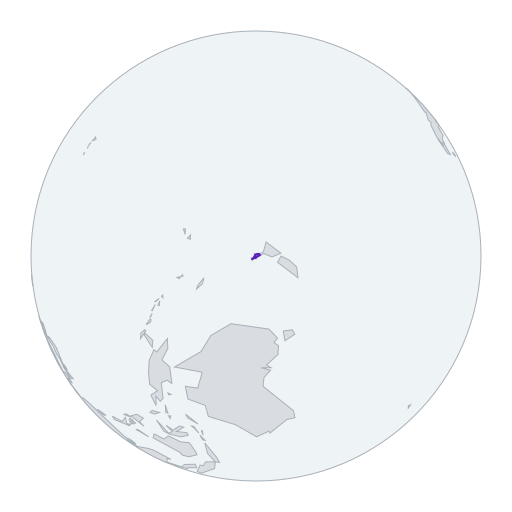 globe centered on Northland, rotated 273°
{"feature_id": "NZL-3404", "entity_name": "Northland", "entity_type": "Regional Council", "adm_level": 1, "iso_a3": "NZL", "parent_name": "New Zealand", "parent_adm1": "", "projection": "orthographic", "projection_center": [173.848, -35.399], "detail": "fine", "context": "on_globe", "style": "filled", "palette": "violet", "viewbox_px": 512, "rotation_deg": 273, "n_neighbors": 0, "source": "natural_earth", "source_scale": "10m", "svg_char_len": 7319}
<svg xmlns="http://www.w3.org/2000/svg" viewBox="0 0 512 512"><g transform="rotate(273 256 256)"><circle cx="256" cy="256" r="225" fill="#eef3f6" stroke="#a8b0b8"/><path d="M279.2,182.1L279.5,183.8L279.1,184.0L279.2,182.1ZM400.1,429.2L401.8,427.7L397.9,430.7L401.5,427.4L395.6,432.1L394.2,431.2L386.0,436.5L383.0,435.7L377.5,438.8L379.1,437.1L378.9,436.1L376.3,437.0L384.5,430.1L395.3,424.1L398.6,423.6L400.9,420.9L408.7,418.1L408.4,417.1L421.8,406.8L428.8,400.5L431.8,396.9L416.7,413.8L400.1,429.2ZM364.0,90.1L362.6,86.7L366.5,89.6L364.0,90.1ZM359.7,84.2L360.6,85.4L359.4,84.3L359.7,84.2ZM357.5,83.0L359.1,83.9L357.3,83.2L357.5,83.0ZM354.6,81.9L356.1,82.4L356.0,82.5L354.6,81.9ZM349.9,79.4L348.7,78.6L350.0,78.7L349.9,79.4ZM368.3,442.1L382.6,431.2L375.8,437.1L377.2,438.5L367.5,444.8L368.3,442.1ZM370.1,446.6L368.1,448.9L365.8,450.2L366.6,449.0L370.1,446.6ZM225.6,32.8L214.4,34.8L215.8,34.3L225.6,32.8ZM173.7,46.3L165.3,49.9L130.8,69.3L129.8,71.4L126.2,74.6L119.2,79.3L124.3,74.6L121.9,75.5L125.8,72.4L116.4,79.3L121.0,75.7L137.7,64.3L155.3,54.5L173.7,46.3ZM110.9,83.7L109.6,84.8L116.1,79.8L105.2,89.1L105.1,91.1L99.2,98.6L79.9,121.1L69.0,134.0L67.1,137.4L65.8,137.4L59.5,147.9L58.2,158.7L56.6,164.1L48.5,181.6L49.1,177.8L45.6,177.9L41.6,192.4L44.1,195.8L44.9,206.4L41.4,207.9L41.1,199.1L39.9,198.7L42.6,186.6L46.3,173.8L45.0,177.0L51.4,161.8L58.8,147.1L67.3,132.9L76.8,119.5L87.3,106.7L98.7,94.8L110.9,83.7ZM112.1,416.0L114.4,415.9L115.5,418.2L112.1,416.0ZM74.3,212.5L78.6,210.6L78.6,211.6L74.3,212.5ZM69.6,212.3L74.2,209.3L69.2,214.8L69.6,212.3ZM76.1,208.2L80.8,203.3L82.8,200.5L82.7,202.6L76.1,208.2ZM66.7,214.6L52.8,227.3L47.9,230.4L48.5,225.8L56.4,218.0L66.7,214.6ZM48.2,226.2L41.5,225.7L36.2,212.7L38.0,208.6L44.3,211.1L43.8,214.5L47.8,216.4L48.2,226.2ZM66.5,190.3L66.0,199.3L57.9,205.5L54.4,207.5L52.0,199.3L53.3,192.8L56.0,190.2L69.0,162.8L73.0,163.6L68.4,173.8L71.8,178.0L66.5,190.3ZM76.5,147.2L69.8,158.3L76.6,145.2L76.5,147.2ZM81.8,136.4L81.1,139.7L79.8,137.8L81.8,136.4ZM65.0,142.0L62.1,145.8L63.0,143.5L67.4,137.4L65.0,142.0ZM94.7,105.5L90.8,111.9L88.9,114.6L89.5,111.9L94.7,105.5ZM250.8,277.9L257.2,281.0L253.8,289.1L247.2,297.2L236.5,299.0L250.8,277.9ZM179.9,298.9L172.9,289.3L182.5,287.2L184.2,296.2L179.9,298.9ZM255.9,272.1L258.7,263.8L253.3,252.3L260.7,263.2L270.5,265.4L260.1,280.7L255.9,272.1ZM126.2,269.9L103.5,301.5L96.6,303.3L94.3,295.4L79.9,279.2L81.8,278.2L75.5,266.1L86.6,243.9L93.3,216.8L104.2,213.1L109.6,195.5L122.2,192.2L121.0,204.7L137.1,208.4L140.9,180.5L157.7,206.1L174.2,215.0L187.1,234.6L183.7,272.8L175.1,281.8L170.3,278.6L167.6,283.2L158.8,283.1L147.7,272.2L145.2,276.9L144.7,267.1L142.6,276.5L135.1,270.3L126.2,269.9ZM219.9,198.4L223.6,199.4L231.6,205.2L225.5,203.9L219.9,198.4ZM270.3,186.6L273.6,189.6L269.2,189.5L270.3,186.6ZM279.1,184.0L273.9,184.0L279.2,182.1L279.1,184.0ZM231.0,181.6L233.4,183.6L232.2,184.2L231.0,181.6ZM229.4,180.9L230.5,178.1L231.2,181.0L229.4,180.9ZM209.4,165.2L211.0,163.8L212.1,164.9L209.4,165.2ZM85.2,206.8L90.7,196.4L94.3,194.0L85.2,206.8ZM206.1,162.2L201.5,162.0L201.7,160.6L206.1,162.2ZM205.7,158.9L204.8,156.9L208.6,161.6L205.7,158.9ZM196.3,154.7L202.4,158.0L195.8,155.1L196.3,154.7ZM193.3,155.3L189.3,153.9L189.4,153.3L193.3,155.3ZM154.9,161.9L168.9,171.8L159.0,172.8L147.4,167.4L140.8,175.6L124.3,178.7L127.3,173.6L124.4,168.0L109.0,170.7L105.9,168.0L110.8,163.4L101.4,164.1L111.6,158.3L116.3,164.7L122.4,156.5L133.9,154.8L146.1,154.8L157.1,159.0L154.9,161.9ZM112.8,175.9L114.7,175.2L113.3,178.3L112.8,175.9ZM181.7,149.8L187.5,153.5L187.0,154.6L184.3,154.1L181.7,149.8ZM159.4,157.2L170.7,148.9L173.6,148.7L166.3,157.4L159.4,157.2ZM167.4,145.0L173.2,145.2L176.6,148.7L175.5,149.9L167.4,145.0ZM91.9,176.9L91.7,179.3L89.2,178.8L91.9,176.9ZM94.9,174.1L102.7,173.2L94.4,176.3L94.9,174.1ZM74.5,177.9L76.3,181.8L82.2,175.0L77.8,182.4L82.3,188.6L81.2,192.7L76.6,185.7L75.9,196.3L73.4,197.7L71.5,190.4L73.7,178.8L76.2,173.2L87.0,165.2L74.5,177.9ZM94.7,167.8L92.8,162.9L94.3,158.3L96.3,160.4L94.7,167.8ZM88.2,152.0L84.4,148.3L80.0,153.2L89.9,139.5L91.7,145.2L88.2,152.0ZM86.5,140.5L82.3,144.9L87.3,137.6L86.5,140.5ZM81.8,143.4L82.4,139.5L85.2,138.2L81.8,143.4ZM88.5,139.5L91.0,131.9L91.5,135.2L88.5,139.5ZM83.8,131.1L88.1,133.9L80.8,136.2L85.1,123.5L88.5,120.9L83.8,131.1ZM132.1,73.7L133.7,71.5L138.1,69.2L135.7,71.4L132.1,73.7ZM154.1,61.4L139.9,68.0L128.8,74.2L130.2,74.2L123.9,79.8L124.2,77.3L135.0,69.6L142.7,65.8L147.8,61.9L155.9,57.8L160.4,54.4L165.2,52.0L163.6,54.2L154.1,61.4ZM162.0,53.1L172.7,47.3L179.1,45.6L178.2,46.5L170.6,49.7L167.7,50.4L162.0,53.1ZM185.1,42.2L183.9,42.7L181.1,43.6L177.5,45.0L177.1,45.6L174.4,46.3L179.2,44.2L185.1,42.2Z" fill="#d9dde1" stroke="#a8b0b8" stroke-width="1"/><path d="M258.5,258.9L258.0,259.3L257.9,259.4L257.8,259.5L257.8,259.4L257.7,259.5L257.4,259.5L257.4,259.4L257.5,259.4L257.6,259.5L257.7,259.4L257.8,259.2L257.9,258.9L257.7,258.9L257.7,259.0L257.5,259.3L257.6,259.2L257.4,259.1L257.3,258.9L257.2,258.9L257.1,259.0L257.3,259.1L257.3,259.3L257.4,259.2L257.5,259.3L257.4,259.4L257.2,259.4L257.0,259.1L256.9,259.0L256.7,259.0L256.6,258.9L256.5,258.6L256.4,258.5L256.3,258.4L256.2,258.2L256.3,258.1L256.3,257.9L256.2,257.9L256.3,258.0L256.2,258.1L256.3,258.5L256.4,258.8L256.5,258.9L256.6,259.0L256.9,259.4L256.9,259.5L257.0,259.5L257.1,259.8L256.9,259.9L256.7,259.9L256.6,259.4L256.1,258.9L256.0,258.6L254.6,256.7L254.7,256.4L254.7,256.2L254.8,256.1L255.0,256.2L255.1,255.9L255.3,255.9L255.4,255.7L255.2,255.7L255.2,255.8L255.1,255.7L255.1,255.8L254.9,255.8L254.8,256.0L254.7,256.0L254.7,255.9L254.6,256.0L254.5,256.5L254.2,256.1L254.2,255.9L254.3,255.8L254.2,255.8L254.3,255.7L254.2,255.6L254.1,255.9L253.9,255.8L253.9,255.7L254.0,255.7L253.9,255.6L253.6,255.3L253.6,255.2L253.9,255.1L253.9,254.9L253.9,254.7L253.8,254.2L253.7,254.2L253.5,253.9L253.4,253.6L252.6,252.7L252.2,252.4L252.3,252.3L252.3,252.2L252.6,252.2L252.7,252.3L252.7,252.2L252.8,252.2L253.3,252.2L253.5,252.1L253.4,252.2L253.4,252.3L253.4,252.5L253.2,252.5L253.2,252.4L253.1,252.5L253.1,252.8L253.1,252.7L253.1,252.8L253.2,252.7L253.3,252.8L253.3,253.0L253.4,252.8L253.3,252.7L253.4,252.9L253.5,253.1L253.5,253.3L253.7,253.5L253.8,253.6L253.9,253.8L253.7,253.6L253.8,253.8L254.2,254.1L254.1,254.3L254.1,254.5L254.3,254.5L254.4,254.4L254.5,254.3L254.4,254.2L254.4,253.9L254.5,253.9L254.6,253.7L254.7,253.8L254.8,253.8L254.8,254.0L254.6,254.0L254.7,254.3L254.8,254.4L255.0,254.4L255.2,254.5L255.2,254.4L255.1,254.2L255.3,254.2L255.4,254.3L255.5,254.3L255.8,254.5L255.7,254.6L255.7,254.8L255.8,254.8L255.8,254.7L256.0,254.4L256.1,254.5L256.3,254.7L256.4,254.8L256.5,254.9L256.8,254.9L256.9,255.0L257.0,255.1L256.9,255.2L256.7,255.1L256.5,255.3L256.8,255.3L256.8,255.5L257.0,255.9L257.0,255.7L257.1,255.8L257.1,255.7L257.3,255.8L257.3,255.7L257.1,255.6L257.3,255.5L257.4,255.4L257.5,255.3L257.6,255.2L257.6,255.3L257.6,255.5L257.8,255.7L257.7,255.8L257.8,255.9L257.6,255.7L257.6,255.8L257.7,256.1L257.8,256.1L258.0,256.2L258.1,256.4L258.0,256.5L258.3,256.8L258.3,257.0L258.2,257.0L258.0,256.9L258.0,257.0L258.1,257.3L258.3,257.4L258.4,257.5L258.4,257.8L258.3,257.7L258.2,257.7L257.9,257.5L257.7,257.5L257.7,257.4L257.6,257.2L257.6,257.3L257.6,257.5L257.6,257.8L257.8,257.7L258.0,257.7L258.1,257.8L258.0,258.0L258.1,258.3L258.2,258.5L258.3,258.5L258.5,258.5L258.5,258.8L258.5,258.9Z" fill="#8b5cf6" stroke="#5b21b6" stroke-width="1.5"/></g></svg>